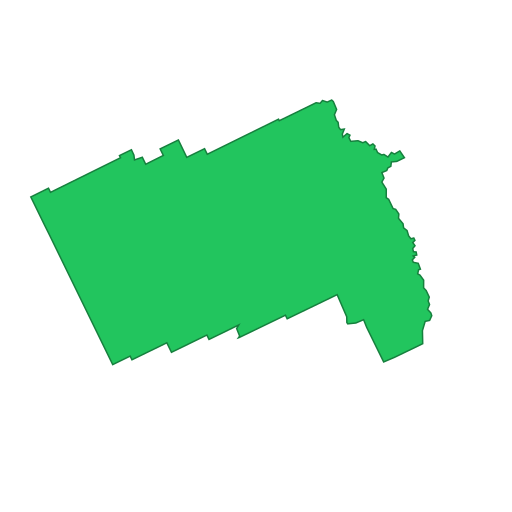 outline of Phillips, Montana, United States of America, rotated 244°
{"feature_id": "52423323B56021233404886", "entity_name": "Phillips", "entity_type": "district", "adm_level": 2, "iso_a3": "USA", "parent_name": "United States of America", "parent_adm1": "Montana", "projection": "equal_earth", "projection_center": [-108.014, 48.225], "detail": "fine", "context": "isolated", "style": "filled", "palette": "green", "viewbox_px": 512, "rotation_deg": 244, "n_neighbors": 0, "source": "geoboundaries", "source_scale": "gbopen_adm2", "svg_char_len": 1745}
<svg xmlns="http://www.w3.org/2000/svg" viewBox="0 0 512 512"><g transform="rotate(244 256 256)"><path d="M367.4,377.2L367.4,336.2L369.1,336.2L368.8,256.8L375.0,256.8L375.0,237.0L394.3,237.1L394.3,216.8L387.0,216.8L386.9,206.4L386.8,197.1L394.6,197.1L395.6,188.9L400.2,190.5L406.1,190.6L406.1,177.3L403.7,177.3L403.3,99.2L407.9,99.2L407.8,79.5L376.8,79.5L366.2,79.6L308.0,79.6L249.4,79.6L221.2,79.6L221.2,99.0L217.1,99.0L217.1,137.8L206.5,137.8L206.5,177.2L201.6,177.2L201.6,210.3L199.3,206.8L191.2,206.2L190.2,204.4L190.1,205.2L189.9,256.5L185.9,256.5L185.7,312.0L161.6,310.9L156.4,308.5L154.8,308.7L152.0,316.4L151.6,324.8L143.4,324.2L104.8,324.3L104.2,336.2L104.1,367.4L116.0,372.9L123.1,379.4L122.0,383.8L125.3,387.8L128.2,388.2L132.9,386.8L136.3,390.7L140.1,391.0L143.1,393.7L150.3,393.8L153.9,392.7L160.8,396.1L166.9,395.0L169.1,393.5L172.4,396.1L172.1,398.0L178.3,398.6L181.4,394.6L184.0,394.8L185.2,398.0L187.1,397.3L186.4,400.9L189.4,401.7L190.8,399.4L194.0,400.1L195.5,403.4L199.4,402.8L200.4,405.7L203.0,405.7L203.6,402.8L207.1,402.0L212.6,402.9L216.6,401.0L220.5,402.3L227.4,400.6L231.1,402.8L236.7,402.0L238.5,400.0L248.8,400.1L251.3,398.6L259.0,402.4L267.3,401.5L269.9,405.2L275.8,405.7L275.5,411.0L277.4,413.1L277.5,416.5L281.2,418.9L279.3,424.0L279.3,432.5L287.4,431.3L286.9,425.2L289.7,423.1L287.1,418.0L291.2,415.5L291.7,413.3L295.7,410.6L299.4,410.7L300.0,409.0L302.7,411.2L305.5,410.2L305.3,406.6L310.8,404.7L311.0,401.6L314.9,398.2L317.5,391.4L321.7,391.4L323.4,393.4L326.1,391.5L324.7,386.2L327.7,387.0L331.4,391.0L332.5,387.4L335.4,386.8L340.2,388.4L342.7,387.6L348.6,388.4L352.4,392.7L360.9,393.2L363.0,392.4L363.1,387.5L366.6,383.9L365.1,380.5L367.4,377.2Z" fill="#22c55e" stroke="#15803d" stroke-width="1.5"/></g></svg>